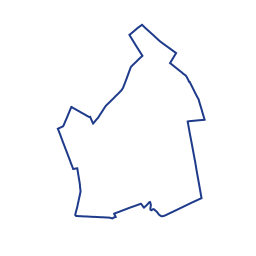 Ciorasti, Vrancea, Romania (Robinson projection), rotated 253°
{"feature_id": "2599482B91845837840053", "entity_name": "Ciorasti", "entity_type": "district", "adm_level": 2, "iso_a3": "ROU", "parent_name": "Romania", "parent_adm1": "Vrancea", "projection": "robinson", "projection_center": [27.335, 45.426], "detail": "fine", "context": "isolated", "style": "outline", "palette": "blue", "viewbox_px": 256, "rotation_deg": 253, "n_neighbors": 0, "source": "geoboundaries", "source_scale": "gbopen_adm2", "svg_char_len": 3913}
<svg xmlns="http://www.w3.org/2000/svg" viewBox="0 0 256 256"><g transform="rotate(253 128 128)"><path d="M104.8,63.6L104.7,64.1L104.6,65.7L104.3,67.7L97.7,66.8L89.5,65.7L88.2,65.5L84.7,64.7L84.1,64.7L83.7,64.6L82.2,64.3L81.3,64.1L81.1,64.0L80.7,63.8L80.0,63.5L79.8,63.3L79.2,63.0L78.9,62.8L78.4,62.6L78.1,62.4L77.9,62.3L77.8,62.2L77.7,62.1L77.3,61.9L77.1,61.8L76.9,61.8L76.6,61.6L76.2,61.4L75.9,61.2L75.5,60.9L75.0,60.6L74.4,60.3L73.9,60.0L72.7,59.4L72.2,59.1L71.8,58.9L71.4,58.6L70.8,58.3L70.3,58.0L69.6,57.6L69.0,57.3L68.7,57.2L64.6,54.7L62.9,53.6L61.0,52.5L60.7,52.3L60.3,52.1L60.1,52.2L59.5,52.5L59.0,52.7L58.7,53.6L58.0,55.4L57.5,57.0L57.0,58.2L56.5,59.5L56.1,60.7L55.5,62.6L54.8,64.4L54.0,66.5L53.3,68.4L52.9,69.8L52.5,70.9L51.9,72.4L51.1,74.6L50.5,76.2L49.8,78.4L49.5,79.2L49.1,80.2L48.3,82.4L47.9,83.6L47.7,84.1L46.6,85.8L46.1,86.6L46.1,86.8L46.3,87.3L46.5,87.8L46.5,88.3L46.5,88.8L46.5,89.5L46.5,90.2L47.6,90.1L47.8,90.1L49.2,89.8L50.0,89.6L50.2,89.8L50.2,90.2L50.5,95.6L50.6,96.7L50.9,101.1L51.1,103.9L51.2,105.5L51.4,109.4L51.4,109.6L51.5,112.6L51.6,114.0L51.8,117.9L51.8,118.2L51.7,118.3L49.9,119.0L49.3,119.2L48.8,119.3L48.5,119.4L47.6,119.8L47.2,120.0L48.8,123.4L50.8,126.7L50.8,127.4L50.1,127.5L48.9,127.4L48.4,127.4L47.9,127.4L47.6,127.3L47.3,127.2L46.9,127.0L46.1,126.6L45.7,126.4L45.4,126.2L45.2,126.2L44.6,125.9L43.8,125.7L43.5,125.6L43.3,125.6L43.1,125.7L42.8,126.0L42.5,126.3L42.5,126.6L42.6,126.9L42.7,127.2L43.0,127.9L43.0,128.2L43.0,128.4L42.9,128.7L42.5,129.2L42.1,129.4L41.5,129.7L41.2,130.0L40.1,130.6L39.5,131.0L38.9,131.3L38.1,131.6L37.4,131.8L36.3,132.2L35.7,132.6L34.4,133.6L33.9,134.1L33.7,134.7L33.4,136.1L33.5,137.4L33.6,138.8L34.0,140.9L35.0,147.9L38.0,167.2L39.4,177.8L55.0,179.7L66.8,181.1L75.7,182.3L77.0,182.5L77.8,182.5L92.6,184.2L105.5,185.6L114.5,186.7L115.6,186.8L116.6,186.9L116.8,187.0L116.6,188.5L116.3,190.1L115.4,194.3L115.2,195.5L113.9,201.6L113.7,202.4L113.6,203.1L113.5,203.4L113.5,203.7L114.0,203.7L114.4,203.7L115.7,203.7L119.1,203.7L123.5,203.8L131.3,203.8L134.4,203.9L135.2,203.8L139.4,202.9L142.4,202.4L144.9,202.0L153.2,200.6L154.0,200.5L154.3,199.9L154.5,199.8L155.6,199.8L159.5,199.1L161.2,198.6L161.5,198.5L161.7,198.3L164.1,196.4L164.5,196.3L177.8,187.2L179.2,188.8L185.6,195.9L201.0,184.3L202.9,183.1L208.6,179.8L211.1,178.3L215.8,175.5L218.1,174.1L222.6,171.6L222.5,171.2L222.3,170.8L221.5,168.4L221.0,167.0L221.0,166.8L219.9,164.4L218.2,160.4L217.3,158.3L217.0,157.5L216.7,156.6L215.4,156.9L214.4,157.1L213.4,157.4L209.9,158.3L206.0,159.3L204.4,159.7L198.7,161.3L196.5,161.9L193.9,162.6L192.8,162.9L192.6,162.6L192.3,161.8L191.0,159.1L190.2,157.5L189.6,156.5L189.5,156.2L189.1,155.5L188.3,153.9L186.7,150.7L186.3,150.1L185.9,149.2L185.4,148.5L184.5,147.8L182.8,146.5L181.0,145.1L179.6,144.1L176.2,141.5L171.5,137.9L170.5,137.1L170.3,136.9L169.8,136.5L168.1,135.2L167.7,134.8L166.3,133.2L165.5,131.9L164.7,130.5L163.6,128.5L162.8,126.9L162.4,126.1L161.6,124.6L160.6,122.8L159.7,121.1L159.1,119.8L158.8,119.4L156.3,114.4L155.7,113.3L155.3,112.8L154.7,112.0L150.1,106.6L148.7,104.8L148.3,104.4L148.0,104.1L147.8,103.9L147.3,103.3L147.0,102.9L146.6,102.5L145.4,100.4L143.6,97.7L143.3,97.2L143.0,96.6L142.4,96.1L142.4,95.9L143.0,95.8L143.3,95.8L145.8,95.5L147.4,95.3L149.0,95.1L149.7,95.1L149.7,94.8L149.9,94.1L150.3,93.6L150.7,93.2L151.9,92.1L152.1,91.8L152.4,91.7L153.2,90.9L154.1,90.1L155.2,89.0L156.0,88.2L156.6,87.6L157.4,86.9L157.9,86.5L158.6,85.8L159.5,84.9L161.2,83.3L163.6,81.0L164.7,80.1L164.7,79.9L164.2,79.6L163.4,78.9L155.9,72.7L154.9,71.9L154.5,71.5L153.5,70.7L153.1,70.3L151.4,68.9L150.3,68.0L149.3,67.1L148.7,66.6L148.2,63.9L148.2,63.5L148.0,62.2L147.8,60.7L147.0,60.8L145.2,60.9L142.9,61.1L139.9,61.3L138.0,61.4L136.7,61.5L134.2,61.6L131.6,61.8L128.8,62.0L125.6,62.2L123.2,62.4L115.5,62.9L113.2,63.1L112.9,63.0L112.1,63.1L111.2,63.1L110.4,63.2L109.0,63.3L105.0,63.6L104.8,63.6Z" fill="none" stroke="#1e3a8a" stroke-width="2"/></g></svg>